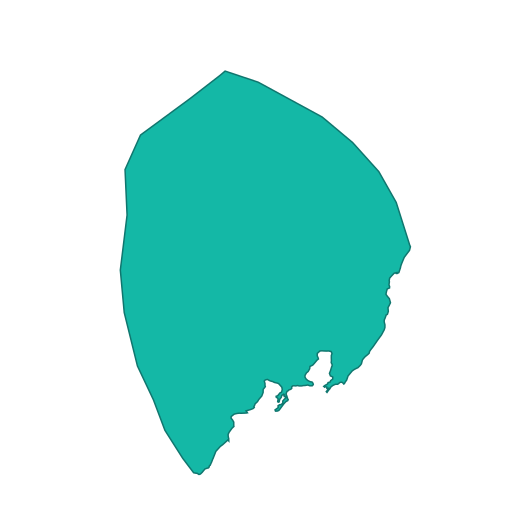 the district of Hurghada 2, Al Bahr al Ahmar, Egypt, rotated 69°
{"feature_id": "37247803B98457599359411", "entity_name": "Hurghada 2", "entity_type": "district", "adm_level": 2, "iso_a3": "EGY", "parent_name": "Egypt", "parent_adm1": "Al Bahr al Ahmar", "projection": "mercator", "projection_center": [33.498, 27.742], "detail": "fine", "context": "isolated", "style": "filled", "palette": "teal", "viewbox_px": 512, "rotation_deg": 69, "n_neighbors": 0, "source": "geoboundaries", "source_scale": "gbopen_adm2", "svg_char_len": 3646}
<svg xmlns="http://www.w3.org/2000/svg" viewBox="0 0 512 512"><g transform="rotate(69 256 256)"><path d="M436.0,391.9L436.9,390.5L437.9,388.7L439.4,387.7L439.7,386.7L439.5,385.7L438.7,383.8L437.6,381.9L436.5,379.9L436.6,377.5L436.7,377.0L436.8,376.6L436.5,375.7L435.2,374.7L434.9,373.7L433.6,372.5L432.7,371.5L429.9,369.0L429.7,368.7L424.0,363.5L421.0,357.6L420.2,354.7L418.0,349.0L417.6,348.2L418.9,347.7L416.4,346.8L415.3,346.8L412.8,346.1L412.2,345.6L411.0,344.4L408.2,340.1L407.2,337.7L406.9,337.7L406.0,337.4L403.1,336.3L400.5,336.7L399.6,337.0L398.4,337.4L396.9,336.6L396.9,336.4L395.8,333.0L396.2,330.1L396.7,328.1L397.5,326.2L399.1,321.4L399.3,320.2L397.0,320.8L397.4,316.4L397.4,313.5L396.8,311.9L395.9,312.0L395.2,311.1L393.7,309.8L392.5,306.8L391.0,304.9L388.8,300.8L386.0,298.3L383.1,297.1L381.3,294.1L380.0,294.0L378.3,293.3L375.7,293.1L375.0,291.7L375.3,289.6L376.3,288.7L377.0,288.2L378.0,287.1L379.3,285.3L380.6,284.2L382.4,281.5L383.3,280.6L386.1,279.5L387.9,278.9L390.2,279.4L392.4,281.1L392.3,282.4L393.1,283.9L394.2,285.8L394.2,287.5L395.3,287.7L395.8,287.2L396.4,286.7L397.4,286.6L399.8,288.0L400.5,287.5L400.5,286.7L398.4,285.3L396.9,282.9L395.4,282.0L394.9,279.6L395.5,279.3L396.5,280.0L397.4,279.9L397.4,279.2L397.7,278.8L399.1,279.0L399.8,280.8L401.0,283.0L402.8,283.6L403.7,285.7L403.3,287.3L403.7,289.1L405.5,289.6L406.5,293.4L407.8,293.4L408.4,291.7L408.4,290.1L407.5,288.5L406.4,286.8L404.0,283.0L402.7,280.4L402.4,278.2L401.6,277.4L400.6,277.6L397.9,277.4L395.6,277.4L393.5,275.6L393.4,274.5L392.8,273.2L392.9,271.3L392.3,270.0L390.9,269.6L390.4,268.2L390.8,266.9L391.5,265.5L391.8,263.6L392.8,262.2L393.7,259.7L393.9,258.3L394.5,256.5L395.0,253.9L396.5,252.2L397.3,250.0L396.6,248.6L395.3,248.4L393.8,248.8L392.7,250.5L390.9,252.2L388.8,253.3L386.6,253.7L385.0,253.0L383.2,250.8L382.5,248.7L380.5,246.3L378.4,245.2L378.3,243.1L378.1,241.9L376.9,239.6L375.1,236.4L374.5,234.6L373.5,234.5L371.3,234.6L371.0,234.6L368.9,233.7L367.6,230.4L368.1,228.5L369.0,226.6L370.0,224.3L370.7,222.2L372.1,220.1L373.9,220.0L374.3,220.0L375.8,221.3L378.1,222.2L380.7,223.1L382.5,224.0L384.5,223.8L385.7,224.2L386.6,225.1L389.7,227.5L391.9,229.5L394.6,229.5L395.6,228.5L396.5,227.7L398.4,228.5L399.1,231.0L400.2,231.9L400.0,234.1L401.1,235.0L401.6,238.3L402.0,239.5L403.1,238.9L402.8,238.2L403.8,236.9L404.9,237.3L405.2,237.2L405.8,237.0L405.3,236.1L405.6,235.5L406.7,236.1L407.3,238.2L407.8,239.0L408.8,238.6L408.0,237.4L407.3,236.4L406.6,234.9L405.1,233.0L404.4,230.7L404.2,228.2L404.4,227.3L404.8,226.3L405.0,225.8L404.8,224.8L404.1,222.9L404.6,221.1L405.4,220.5L407.0,219.9L406.6,218.9L405.8,218.1L404.3,215.8L403.2,214.9L401.0,213.1L399.3,210.1L397.8,207.4L397.2,205.2L396.9,202.9L396.8,200.9L395.5,197.9L394.4,196.2L391.3,194.0L390.4,192.7L389.1,190.2L388.1,187.1L387.3,185.2L385.8,184.2L384.6,182.5L382.7,179.3L378.0,172.4L374.6,167.1L370.9,162.8L369.0,161.3L366.5,160.3L363.3,159.9L361.6,159.1L360.1,157.6L358.2,156.0L357.8,155.8L357.5,154.2L355.1,152.3L351.5,151.3L349.9,149.4L347.8,147.2L343.6,146.8L340.7,147.8L338.3,148.4L335.9,146.9L333.8,145.3L333.7,144.3L333.7,142.8L332.4,142.2L330.6,142.2L329.1,141.4L327.9,140.7L326.7,140.5L324.5,139.1L323.2,136.6L321.6,133.2L321.7,131.9L321.9,130.6L322.6,131.2L322.9,130.7L322.7,128.6L318.8,125.4L317.2,124.4L315.0,122.5L310.4,118.1L307.5,113.5L305.8,110.7L302.7,108.5L300.0,108.6L299.5,108.5L256.2,105.9L221.3,111.1L184.8,125.1L150.0,144.4L94.5,191.7L72.3,218.6L74.6,225.2L85.5,261.5L101.3,319.1L101.7,320.5L128.4,347.3L171.6,361.7L220.5,387.7L261.6,399.3L316.2,406.1L353.5,403.3L386.1,403.5L418.7,396.9L436.0,391.9Z" fill="#14b8a6" stroke="#0f766e" stroke-width="1.5"/></g></svg>